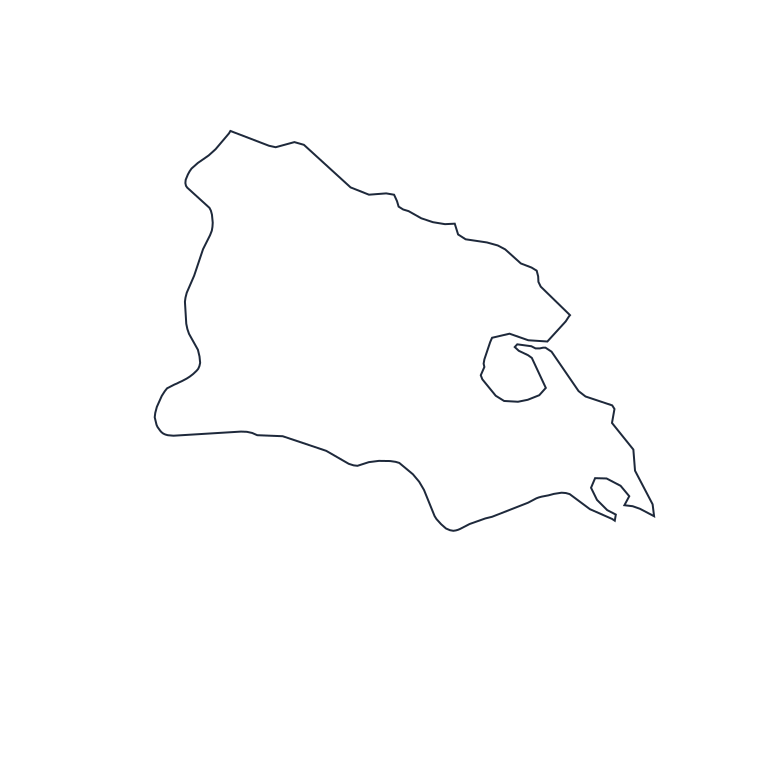 map outline of Bizerte (Albers equal-area conic projection), rotated 43°
{"feature_id": "TUN-105", "entity_name": "Bizerte", "entity_type": "Governorate", "adm_level": 1, "iso_a3": "TUN", "parent_name": "Tunisia", "parent_adm1": "", "projection": "albers", "projection_center": [9.659, 37.035], "detail": "fine", "context": "isolated", "style": "outline", "palette": "slate", "viewbox_px": 768, "rotation_deg": 43, "n_neighbors": 0, "source": "natural_earth", "source_scale": "10m", "svg_char_len": 2232}
<svg xmlns="http://www.w3.org/2000/svg" viewBox="0 0 768 768"><g transform="rotate(43 384 384)"><path d="M99.1,303.7L137.4,288.2L143.3,284.7L153.5,268.2L162.3,263.7L225.5,263.0L243.9,255.8L255.6,243.1L262.3,238.7L268.8,241.4L273.7,244.3L279.0,243.3L284.1,240.8L298.2,237.4L309.4,232.3L319.6,225.5L326.4,218.5L336.2,224.1L345.0,222.5L362.7,210.3L372.7,205.1L380.8,202.9L401.9,202.5L412.5,198.2L418.4,197.0L423.4,200.2L427.3,204.0L432.2,205.9L473.1,206.8L473.2,208.6L474.2,214.3L474.5,241.5L459.7,253.6L441.5,261.6L431.5,276.5L433.1,281.0L440.6,297.5L443.0,301.2L445.8,303.1L448.8,311.6L452.7,313.5L473.7,316.4L483.4,314.5L494.1,305.6L499.9,297.5L505.2,286.3L505.0,276.5L474.3,264.1L469.7,264.7L459.9,267.8L454.4,267.8L454.4,264.1L466.0,255.9L470.6,254.6L473.6,251.8L475.6,248.9L477.3,247.3L484.5,246.1L531.2,256.5L539.9,255.7L565.5,244.0L569.6,245.1L577.3,257.0L611.1,261.9L626.7,276.2L662.5,288.8L671.7,296.5L656.3,300.7L649.2,303.8L642.5,308.7L639.9,298.8L626.5,297.1L611.2,301.3L602.6,308.9L606.2,318.7L618.8,323.5L633.3,324.0L642.6,321.4L646.0,326.6L642.9,327.1L620.0,335.1L594.9,337.9L591.4,339.7L588.0,342.4L583.2,348.5L580.2,353.3L576.1,358.9L574.5,361.5L573.4,363.7L570.3,372.6L553.6,407.4L549.8,413.2L542.1,428.0L538.5,438.1L537.6,440.1L536.4,442.1L534.8,444.1L532.0,445.9L527.9,447.4L521.5,447.6L514.5,447.0L511.1,446.1L485.5,434.2L476.4,431.5L466.7,430.3L449.0,431.3L445.6,433.0L441.1,436.1L432.7,443.7L426.2,451.5L420.4,461.9L417.3,464.2L412.7,466.4L387.3,472.3L345.5,491.3L326.2,507.9L321.0,509.7L316.3,512.5L311.9,516.3L265.3,565.4L260.8,568.9L258.5,570.1L256.3,570.8L254.1,571.0L252.1,570.8L247.7,569.9L245.5,569.0L239.0,564.7L236.4,561.1L233.5,555.7L229.6,544.3L228.6,538.9L228.3,535.1L231.1,527.3L232.2,524.9L233.1,522.4L234.2,519.8L236.0,514.6L236.9,511.1L237.6,506.9L237.9,502.1L237.8,499.7L236.8,496.8L235.1,493.9L230.3,489.7L224.6,485.9L207.2,480.3L202.7,477.9L198.3,474.8L182.3,459.6L179.9,456.2L177.5,451.8L171.3,434.3L159.7,408.8L155.3,393.8L153.5,389.3L151.4,386.1L148.7,382.8L142.7,377.5L139.2,375.3L136.2,374.2L106.2,374.6L104.0,374.1L101.7,372.5L99.7,369.9L97.7,364.6L96.8,361.1L96.3,357.7L97.1,349.3L99.9,336.4L100.7,327.1L99.7,306.4L99.1,303.7Z" fill="none" stroke="#1e293b" stroke-width="2"/></g></svg>